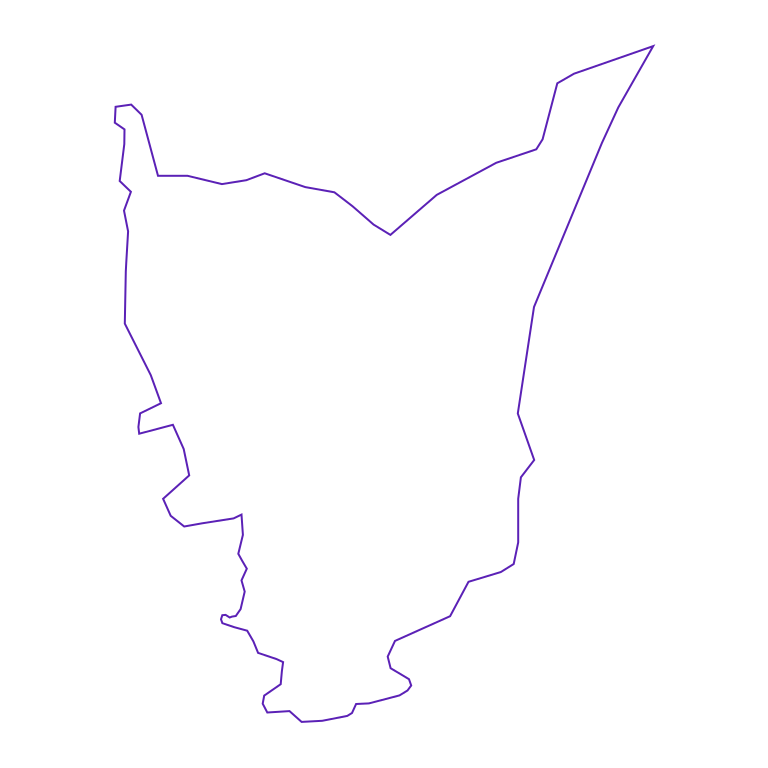 the district of Banamba, Koulikoro, Mali
{"feature_id": "8926073B21738268784100", "entity_name": "Banamba", "entity_type": "district", "adm_level": 2, "iso_a3": "MLI", "parent_name": "Mali", "parent_adm1": "Koulikoro", "projection": "equal_earth", "projection_center": [-7.411, 13.87], "detail": "fine", "context": "isolated", "style": "outline", "palette": "violet", "viewbox_px": 768, "rotation_deg": 0, "n_neighbors": 0, "source": "geoboundaries", "source_scale": "gbopen_adm2", "svg_char_len": 1276}
<svg xmlns="http://www.w3.org/2000/svg" viewBox="0 0 768 768"><path d="M534.2,460.0L517.8,413.5L534.0,307.0L601.9,143.0L618.3,107.4L653.2,46.1L574.0,73.7L557.3,83.3L542.6,139.3L536.3,149.3L496.2,162.8L436.7,194.9L390.4,234.9L373.6,224.6L352.6,206.3L334.4,192.3L305.3,187.1L264.7,173.3L246.3,180.2L221.9,184.1L187.5,175.8L158.0,175.8L141.6,114.8L131.2,104.6L115.6,106.8L114.8,122.7L124.5,129.4L124.3,144.1L119.7,181.0L130.9,191.8L124.0,210.6L128.1,231.4L126.3,261.9L125.8,271.4L124.8,323.6L150.8,375.2L161.0,403.2L140.1,413.4L138.4,427.0L139.2,433.7L172.9,424.8L183.7,449.0L189.2,475.4L163.1,498.8L170.7,515.8L184.2,526.5L202.2,523.3L233.6,518.4L241.5,514.6L242.9,534.9L238.3,553.8L242.0,560.5L246.8,568.7L241.5,580.4L244.7,591.6L240.6,609.1L235.8,616.0L232.0,616.6L229.7,617.5L225.6,614.9L222.3,615.2L221.0,619.3L222.4,623.2L234.3,627.2L247.2,630.7L253.4,641.4L258.1,652.9L276.6,659.1L283.1,662.1L281.9,671.0L280.7,684.2L264.2,695.6L262.7,703.7L267.3,712.5L289.5,711.1L301.6,721.9L322.2,720.8L347.3,715.9L352.0,713.0L356.1,704.0L368.9,703.4L399.5,695.4L407.5,690.5L411.2,685.5L409.0,679.2L390.6,668.2L387.7,656.6L395.0,640.9L450.1,616.2L468.5,581.8L500.9,572.0L513.7,564.0L518.2,542.4L518.2,498.8L520.9,477.3L534.2,460.0Z" fill="none" stroke="#5b21b6" stroke-width="2"/></svg>